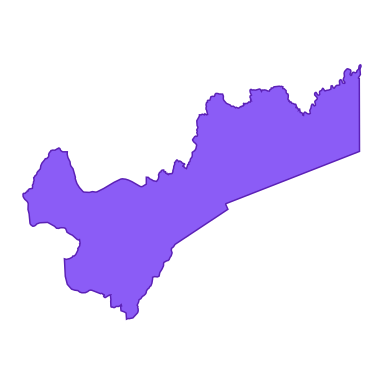 Tiwintza, Morona Santiago, Ecuador
{"feature_id": "8360857B5800321951611", "entity_name": "Tiwintza", "entity_type": "district", "adm_level": 2, "iso_a3": "ECU", "parent_name": "Ecuador", "parent_adm1": "Morona Santiago", "projection": "natural_earth1", "projection_center": [-77.964, -2.98], "detail": "fine", "context": "isolated", "style": "filled", "palette": "violet", "viewbox_px": 384, "rotation_deg": 0, "n_neighbors": 0, "source": "geoboundaries", "source_scale": "gbopen_adm2", "svg_char_len": 5875}
<svg xmlns="http://www.w3.org/2000/svg" viewBox="0 0 384 384"><path d="M126.5,319.2L128.0,318.5L129.0,318.7L132.9,317.9L137.5,312.9L138.0,311.8L138.2,310.5L138.1,308.7L137.7,307.8L137.9,306.4L137.2,305.4L137.3,304.8L138.5,302.3L139.1,299.7L140.8,298.7L142.3,296.5L143.9,295.5L145.4,294.1L146.1,292.9L146.5,290.8L146.8,290.3L148.2,288.6L149.1,288.0L149.8,286.5L150.9,285.8L151.9,283.2L152.6,278.9L152.6,277.3L154.5,276.6L157.6,276.9L159.1,276.1L159.8,272.6L162.1,268.9L163.5,265.8L163.6,263.3L163.9,262.4L166.7,260.8L168.1,260.5L169.1,259.6L170.1,257.3L171.2,255.8L172.1,252.9L171.3,250.4L171.5,248.4L173.5,246.8L175.0,244.4L227.9,209.3L225.5,203.9L225.3,203.9L359.5,151.4L359.3,78.6L358.6,78.4L358.4,78.1L358.5,77.6L360.4,74.5L360.0,69.8L360.3,68.1L361.0,66.6L360.9,65.2L360.2,64.8L359.1,66.0L358.7,69.0L357.0,70.7L356.5,72.3L355.4,72.8L353.7,72.2L352.7,72.5L351.8,73.8L351.6,75.1L350.9,75.5L350.3,74.9L350.0,74.2L350.9,71.4L350.7,70.3L350.3,69.8L348.4,69.0L347.4,68.8L346.6,69.2L344.6,71.5L344.1,73.2L344.4,76.6L343.5,78.4L343.3,79.6L343.7,80.8L344.9,82.2L344.7,83.3L343.9,83.4L342.7,83.0L341.5,80.1L340.3,79.7L339.4,81.0L339.7,84.8L339.2,85.1L336.6,85.4L335.5,86.3L334.4,88.1L333.8,88.1L333.1,87.7L332.4,86.0L332.0,85.7L331.1,86.0L330.8,89.2L328.6,90.1L326.9,90.3L325.0,90.9L324.3,90.2L323.2,88.5L322.6,88.4L321.5,90.4L319.7,91.3L319.5,92.2L319.7,94.4L319.0,95.1L318.5,95.2L317.5,94.7L316.4,92.8L315.9,92.4L315.1,92.7L314.6,93.8L314.7,95.0L317.0,97.5L317.3,98.5L317.1,99.1L315.0,101.1L314.8,101.9L315.4,104.0L315.4,105.3L314.4,105.9L313.7,105.4L313.0,104.2L312.1,104.2L311.4,105.5L310.9,108.1L309.8,110.4L310.3,113.4L309.1,114.0L308.2,113.9L306.7,113.3L305.6,112.3L304.6,112.2L303.7,113.4L303.5,115.4L302.8,115.1L302.7,114.0L301.7,112.6L300.3,112.5L299.8,110.0L298.7,110.4L299.3,109.1L298.1,109.1L296.8,107.1L296.1,107.7L295.9,107.5L296.3,106.0L295.8,104.4L295.0,104.1L294.7,104.4L292.9,103.4L291.8,103.3L291.0,102.0L290.1,102.3L289.9,101.5L288.9,101.1L289.1,100.4L288.2,99.7L287.9,99.1L288.2,97.7L288.3,95.2L287.8,93.9L287.1,93.8L286.4,93.0L286.1,92.1L286.1,90.6L284.0,88.6L282.9,88.6L282.7,88.1L282.9,86.8L281.4,86.3L280.5,86.5L279.3,86.2L274.0,86.8L272.6,88.1L271.3,88.0L270.9,89.3L269.9,89.7L269.4,91.1L267.8,91.0L265.9,90.1L264.1,89.9L263.5,90.1L262.2,90.0L261.5,91.4L260.4,89.4L259.4,89.0L255.7,90.1L253.3,89.9L252.0,90.1L251.5,89.5L250.8,89.4L250.0,90.1L250.1,91.8L250.5,93.1L251.5,95.1L250.1,96.0L250.0,97.3L251.0,99.4L250.5,100.0L251.3,100.9L250.8,101.0L250.1,102.2L248.9,101.9L247.2,103.5L245.8,103.4L245.0,103.9L243.8,103.3L243.4,103.8L243.8,105.1L243.5,105.7L242.7,106.1L242.2,105.9L241.4,106.7L240.5,106.6L239.5,107.6L238.3,108.2L236.2,107.3L235.5,107.8L233.4,106.2L231.4,106.4L230.2,105.0L226.5,103.4L223.8,100.3L223.3,98.9L223.4,96.1L222.6,94.1L219.1,94.0L217.9,93.5L216.0,93.4L215.1,94.2L214.7,95.8L214.3,96.4L212.2,96.3L210.8,96.9L210.0,100.0L209.5,100.3L207.9,100.3L207.3,101.1L207.5,102.1L206.5,102.7L206.0,104.9L206.4,106.4L206.1,107.2L206.0,109.1L206.6,110.2L207.6,114.5L206.4,114.8L204.9,113.8L204.4,114.8L202.5,114.2L201.9,114.3L201.4,114.8L199.4,114.8L199.4,116.1L196.8,120.8L197.1,125.6L197.9,127.2L197.8,127.9L196.7,130.0L197.3,131.1L196.8,132.8L197.5,134.5L197.4,135.9L196.7,136.4L195.7,136.1L194.7,136.7L192.6,139.6L192.7,140.4L194.0,142.2L195.6,143.5L196.5,144.7L196.6,145.4L195.9,148.7L194.8,150.5L192.2,152.4L192.3,155.4L192.0,156.9L190.4,159.1L189.9,161.6L189.0,162.2L188.7,162.9L188.7,164.3L187.8,164.5L186.5,168.6L184.2,167.5L184.0,166.5L182.9,166.2L183.1,165.5L184.6,164.5L184.5,163.8L182.3,163.1L181.4,161.9L179.8,161.0L178.8,161.7L177.4,160.1L176.7,160.0L175.9,160.9L175.7,161.8L174.6,162.4L174.7,164.2L173.8,166.3L173.6,168.3L172.9,170.6L172.9,171.8L172.1,173.5L170.8,173.8L170.0,173.6L169.6,174.0L168.8,173.8L168.3,174.6L167.3,174.1L167.0,173.3L166.3,173.5L165.8,173.2L165.5,171.7L164.7,171.9L164.1,171.7L163.7,170.0L162.2,170.1L161.3,170.6L161.0,171.7L159.6,172.4L158.5,174.8L158.8,176.8L158.2,179.1L156.5,181.4L153.2,180.7L151.7,179.7L149.8,178.9L148.4,177.4L146.3,177.2L146.3,184.1L142.4,186.5L141.2,186.7L140.1,186.4L132.0,181.7L128.5,180.1L125.7,179.2L122.3,178.8L120.7,179.1L114.1,182.3L103.7,188.5L96.9,191.9L95.6,192.1L92.4,191.6L89.4,192.4L84.0,192.1L83.0,191.6L79.4,187.5L76.9,183.5L75.2,178.5L75.4,177.3L73.0,168.8L70.9,166.0L70.4,164.7L70.0,161.7L67.9,157.5L67.2,154.3L67.3,151.8L62.8,151.8L62.1,151.5L60.7,150.5L59.9,148.6L59.2,148.1L58.4,148.1L58.0,148.7L57.4,148.7L55.0,150.2L52.6,150.1L50.9,150.6L50.6,151.4L49.6,152.3L48.6,154.3L48.8,155.1L48.5,156.8L46.7,158.6L45.3,158.7L44.5,160.0L42.0,163.0L40.8,165.7L40.3,169.0L39.5,169.6L38.6,170.9L38.0,171.2L37.0,172.7L36.8,174.0L35.5,175.6L34.8,176.0L34.2,177.3L33.7,177.7L34.1,180.4L33.5,181.8L33.4,183.5L32.4,185.2L32.6,186.2L32.4,188.4L29.3,188.9L28.1,190.1L28.0,191.0L27.2,191.0L26.8,191.9L25.9,192.4L25.2,193.3L23.5,193.4L23.0,194.1L23.1,196.4L23.7,197.7L24.8,199.3L27.0,201.3L27.7,202.3L28.2,203.6L28.0,209.5L29.1,213.8L30.0,223.3L30.6,224.6L32.6,226.2L33.8,226.2L35.4,225.4L36.9,223.9L39.8,222.8L47.7,222.4L54.6,226.3L56.5,228.2L58.8,228.4L59.9,227.9L61.5,227.7L64.0,227.8L65.4,228.4L66.0,229.4L67.0,232.2L70.2,234.2L72.4,235.2L77.1,239.4L78.6,240.0L79.5,239.6L80.1,243.3L79.6,243.8L79.9,244.5L79.6,246.0L77.8,248.5L78.0,249.7L77.6,250.8L75.7,254.6L74.2,256.0L72.9,256.0L72.2,257.2L69.6,258.6L66.3,259.4L64.4,258.8L65.3,276.4L67.3,284.3L71.5,289.1L74.8,290.2L77.9,290.6L79.8,292.1L81.9,292.8L85.3,292.7L87.7,291.6L89.0,290.5L90.6,290.1L91.9,290.3L100.6,293.7L101.7,293.4L102.5,293.7L103.0,294.4L104.1,294.7L104.2,295.3L103.6,296.1L104.3,297.2L104.9,297.5L105.4,297.5L109.3,295.1L110.7,294.9L110.4,295.5L110.9,299.7L110.7,301.1L110.9,306.3L111.3,307.1L112.3,307.0L113.3,307.5L114.7,307.5L116.2,306.4L118.4,306.5L119.9,305.8L121.2,304.6L121.6,306.0L120.6,306.4L121.0,310.7L124.5,312.0L126.1,313.1L126.5,319.2Z" fill="#8b5cf6" stroke="#5b21b6" stroke-width="1.5"/></svg>